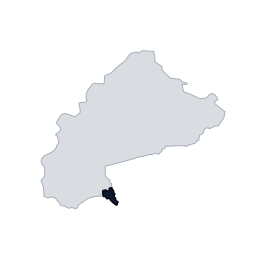 Burkina Faso, with Noumbiel highlighted, rotated 346°
{"feature_id": "BFA-5989", "entity_name": "Noumbiel", "entity_type": "Province", "adm_level": 1, "iso_a3": "BFA", "parent_name": "Burkina Faso", "parent_adm1": "", "projection": "albers", "projection_center": [-2.901, 9.751], "detail": "fine", "context": "in_parent", "style": "filled", "palette": "ink", "viewbox_px": 256, "rotation_deg": 346, "n_neighbors": 0, "source": "natural_earth", "source_scale": "10m", "svg_char_len": 3827}
<svg xmlns="http://www.w3.org/2000/svg" viewBox="0 0 256 256"><g transform="rotate(346 128 128)"><path d="M189.5,158.9L183.1,159.2L180.8,159.9L179.4,160.0L179.4,159.4L179.2,159.0L171.1,157.1L165.4,156.0L159.7,154.8L159.4,156.0L158.6,156.8L157.3,156.9L156.5,156.7L155.9,157.6L154.9,158.8L153.6,159.5L152.3,160.2L151.6,160.9L151.1,160.9L149.7,159.4L148.0,159.2L144.7,159.5L143.3,159.1L141.3,158.9L136.5,159.2L129.0,158.6L127.8,159.0L127.4,159.2L120.0,159.3L111.7,159.4L104.8,159.5L98.8,159.6L98.8,159.3L96.9,159.3L96.7,159.8L94.9,166.1L94.8,169.6L95.7,171.7L96.7,173.0L97.8,173.6L97.9,174.4L97.0,175.4L97.1,176.4L98.2,177.4L98.5,178.5L97.9,179.7L98.0,182.4L98.8,186.8L98.9,189.7L98.1,191.0L98.5,193.2L100.0,196.3L100.2,197.7L99.7,198.3L98.5,199.1L97.2,199.1L95.7,197.2L95.1,196.3L93.9,194.4L92.9,192.5L91.6,191.6L90.2,190.8L88.6,188.4L87.1,187.2L85.4,187.5L83.0,187.1L78.2,186.4L72.9,186.6L70.8,187.2L68.6,188.1L63.2,190.0L61.0,191.0L59.4,193.4L57.6,193.4L55.7,192.6L54.6,191.4L52.1,191.7L49.7,190.6L47.4,188.4L45.7,187.7L43.5,186.2L43.0,183.2L41.6,181.1L40.4,178.3L38.5,177.0L36.3,176.3L33.3,176.4L31.4,175.2L29.8,173.5L30.3,172.1L31.0,170.0L31.1,168.0L31.6,164.8L31.3,160.8L30.8,157.9L32.4,156.8L34.4,155.7L35.6,153.8L36.8,149.5L37.4,145.8L37.0,144.5L36.4,143.4L35.9,141.8L35.6,139.8L36.0,138.1L37.4,136.5L39.2,135.2L40.5,134.6L43.9,134.0L48.1,133.0L50.6,131.9L52.4,130.8L53.4,129.9L54.4,128.1L56.0,126.7L57.3,125.3L57.5,121.4L57.5,119.2L56.6,117.9L56.1,116.9L62.3,113.8L62.4,111.7L61.5,109.2L60.3,107.3L59.9,105.6L61.6,103.6L63.1,102.2L64.3,100.9L66.7,99.0L69.3,98.5L71.6,99.2L78.5,103.8L79.6,104.1L81.1,103.7L82.9,102.5L85.2,101.6L86.1,98.6L86.0,94.1L86.5,92.1L87.8,91.7L91.7,92.6L92.7,92.6L93.9,92.3L94.7,91.5L94.7,90.1L94.5,88.8L95.8,84.7L98.1,81.6L102.8,77.7L104.3,76.9L106.0,76.5L114.5,79.2L115.9,78.5L117.9,71.9L120.2,71.3L123.0,71.1L124.7,70.6L125.7,70.1L129.7,67.6L136.8,64.1L140.6,62.7L141.3,62.1L144.0,59.7L147.6,56.9L149.9,56.3L153.1,56.1L155.1,56.5L155.7,57.3L156.3,57.7L160.5,56.5L166.5,58.3L171.7,60.1L171.3,61.3L171.3,63.4L170.9,66.6L170.4,70.6L172.6,73.1L175.2,75.8L175.9,76.9L175.2,79.6L175.7,81.1L177.1,83.7L179.4,87.1L181.8,90.5L183.5,90.9L185.0,91.2L186.0,91.8L187.4,92.4L188.7,92.7L189.9,93.5L190.7,94.2L191.7,96.3L194.4,97.7L196.3,99.0L195.5,99.8L193.2,99.5L191.0,98.9L190.8,99.9L190.7,103.8L191.1,107.1L191.6,107.5L193.8,108.1L199.1,112.2L203.9,116.2L205.5,117.2L208.1,117.5L211.1,117.7L212.3,117.3L215.1,115.2L216.6,115.0L218.0,115.0L218.8,115.3L220.2,116.9L221.5,119.4L221.9,121.2L221.8,122.2L221.4,122.6L219.0,123.1L218.0,123.5L217.8,124.0L218.2,125.2L218.6,126.0L221.2,129.6L225.0,134.3L226.2,135.5L225.5,137.0L223.7,140.8L222.3,142.4L216.2,147.8L213.1,147.2L206.8,148.4L205.8,147.2L204.3,147.0L202.5,147.3L201.8,147.7L201.6,148.3L200.9,149.0L199.8,151.1L198.9,151.7L197.8,152.0L196.4,152.0L195.5,152.3L195.6,153.3L195.3,154.2L194.4,154.7L194.0,155.7L194.1,156.7L193.5,157.2L192.3,157.0L191.6,156.7L191.0,158.0L190.1,158.9L189.5,158.9Z" fill="#d9dde1" stroke="#a8b0b8" stroke-width="1"/><path d="M91.2,191.7L90.7,191.6L90.3,191.3L90.0,190.7L89.7,189.5L89.2,188.9L88.6,188.7L88.1,188.7L87.6,188.5L87.5,187.9L87.6,187.4L87.6,186.9L87.5,185.5L88.1,184.4L88.1,183.2L88.8,182.6L90.1,182.7L91.4,182.7L92.1,183.5L93.1,184.3L94.1,184.4L94.7,184.1L94.9,182.8L95.3,182.0L96.1,181.8L96.9,182.0L97.9,182.2L97.9,183.6L98.0,184.1L98.6,184.9L98.8,185.4L98.7,186.0L98.5,187.2L98.6,187.8L99.2,188.8L99.3,189.0L99.1,189.3L98.2,190.3L97.8,191.1L97.7,191.6L97.9,192.2L98.1,192.4L98.4,192.4L98.6,192.5L98.8,192.9L98.8,193.2L99.0,193.3L98.8,193.7L98.6,194.0L98.5,194.4L98.4,194.8L98.5,195.3L98.6,195.5L99.5,196.3L100.4,197.5L99.6,198.2L99.0,199.5L98.5,199.9L97.9,199.9L97.4,199.4L94.9,196.1L93.6,193.7L93.2,192.5L92.9,191.9L92.5,191.5L92.0,191.4L91.2,191.7Z" fill="#0f172a" stroke="#020617" stroke-width="1.5"/></g></svg>